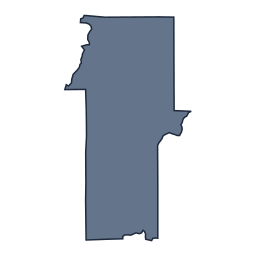 outline of São Felipe D'Oeste, Rondônia, Brazil
{"feature_id": "56859067B20440072636343", "entity_name": "São Felipe D'Oeste", "entity_type": "district", "adm_level": 2, "iso_a3": "BRA", "parent_name": "Brazil", "parent_adm1": "Rondônia", "projection": "mercator", "projection_center": [-61.468, -11.916], "detail": "fine", "context": "isolated", "style": "filled", "palette": "slate", "viewbox_px": 256, "rotation_deg": 0, "n_neighbors": 0, "source": "geoboundaries", "source_scale": "gbopen_adm2", "svg_char_len": 1191}
<svg xmlns="http://www.w3.org/2000/svg" viewBox="0 0 256 256"><path d="M84.2,15.4L82.9,18.1L80.7,18.8L80.4,22.6L86.4,23.0L89.3,24.3L91.1,26.4L91.6,29.1L89.5,32.0L87.9,35.1L87.7,39.5L89.3,42.4L89.4,44.6L86.6,44.8L83.8,45.6L81.6,46.3L84.5,49.9L82.4,54.0L82.2,56.2L80.9,59.4L81.3,63.2L80.0,64.4L79.3,67.4L77.2,70.1L73.2,74.3L71.8,79.2L71.4,82.9L68.6,86.0L66.3,84.7L64.8,89.6L85.6,89.4L86.1,105.0L86.2,107.7L86.4,121.8L86.5,136.2L85.7,152.3L85.8,173.1L85.9,182.6L85.6,200.2L86.1,240.0L100.2,239.5L104.8,239.3L122.8,238.8L122.7,236.5L124.7,235.0L127.0,234.9L131.1,235.1L133.7,233.8L136.1,232.9L139.3,233.7L141.6,232.9L143.0,230.3L144.6,231.6L145.6,234.2L145.4,236.9L145.7,239.3L149.0,240.0L151.6,240.6L152.8,238.4L155.1,238.0L157.8,238.2L157.8,183.2L157.6,145.4L159.0,142.6L160.6,140.7L162.1,138.4L162.8,136.3L164.1,135.1L166.3,134.0L169.4,132.6L172.2,133.8L174.7,134.5L177.2,135.5L179.6,135.5L181.5,131.9L182.2,129.1L181.9,126.7L180.8,125.0L182.2,122.6L182.9,119.5L184.6,117.2L186.5,116.3L187.6,114.5L188.4,112.7L191.2,111.3L174.1,110.6L174.1,98.8L174.0,87.1L174.0,75.6L173.9,52.2L173.9,40.7L173.8,17.1L159.1,16.9L105.0,17.2L84.2,15.4Z" fill="#64748b" stroke="#1e293b" stroke-width="1.5"/></svg>